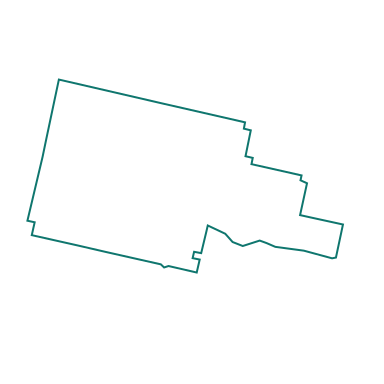 Tallapoosa, Alabama, United States of America (Equal Earth projection), rotated 283°
{"feature_id": "52423323B32872285369279", "entity_name": "Tallapoosa", "entity_type": "district", "adm_level": 2, "iso_a3": "USA", "parent_name": "United States of America", "parent_adm1": "Alabama", "projection": "equal_earth", "projection_center": [-85.836, 32.8], "detail": "fine", "context": "isolated", "style": "outline", "palette": "teal", "viewbox_px": 384, "rotation_deg": 283, "n_neighbors": 0, "source": "geoboundaries", "source_scale": "gbopen_adm2", "svg_char_len": 661}
<svg xmlns="http://www.w3.org/2000/svg" viewBox="0 0 384 384"><g transform="rotate(283 192 192)"><path d="M248.7,37.4L210.8,38.1L192.6,38.5L127.0,38.1L127.1,45.5L113.9,45.6L114.2,92.2L114.2,121.4L114.5,177.9L112.2,181.8L114.6,185.8L114.6,214.7L127.9,214.7L127.7,207.5L134.2,207.5L134.5,214.7L157.0,214.9L162.9,214.9L158.8,233.8L152.4,242.8L150.8,253.6L159.9,268.9L159.0,276.2L157.3,285.5L160.0,314.2L158.9,343.4L160.5,347.0L194.3,346.4L193.9,313.7L193.8,302.5L226.4,302.1L227.8,295.1L232.8,295.0L232.5,243.7L238.9,243.5L238.9,236.1L265.3,235.4L265.4,228.3L271.8,228.0L271.6,142.9L271.6,37.0L248.7,37.4Z" fill="none" stroke="#0f766e" stroke-width="2"/></g></svg>